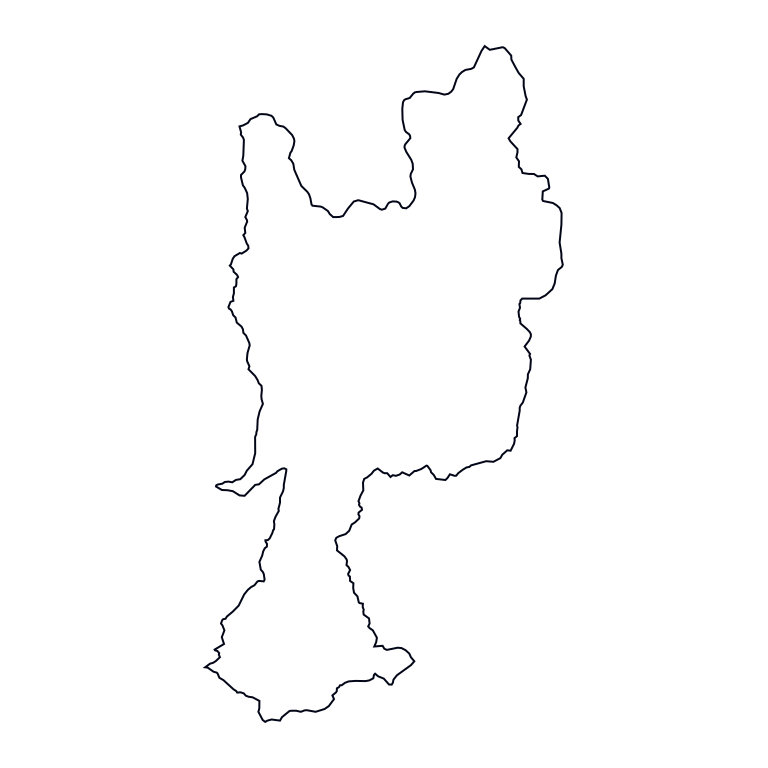 the district of Sephu, Wangdi Phodrang, Bhutan
{"feature_id": "84629894B46369829894621", "entity_name": "Sephu", "entity_type": "district", "adm_level": 2, "iso_a3": "BTN", "parent_name": "Bhutan", "parent_adm1": "Wangdi Phodrang", "projection": "mercator", "projection_center": [90.34, 27.763], "detail": "fine", "context": "isolated", "style": "outline", "palette": "ink", "viewbox_px": 768, "rotation_deg": 0, "n_neighbors": 0, "source": "geoboundaries", "source_scale": "gbopen_adm2", "svg_char_len": 6096}
<svg xmlns="http://www.w3.org/2000/svg" viewBox="0 0 768 768"><path d="M502.8,47.2L489.8,49.8L484.7,46.1L481.5,50.9L473.9,67.4L471.1,68.9L465.5,69.9L462.0,72.0L459.4,74.5L456.7,78.8L453.2,89.1L451.2,91.7L448.3,93.8L444.3,94.6L438.7,93.0L424.8,91.3L416.5,92.0L414.8,92.4L413.1,93.8L409.7,98.0L405.3,99.3L404.0,100.3L403.0,102.3L402.3,109.0L402.6,119.9L404.7,130.0L405.9,131.9L409.2,134.3L410.1,135.9L410.3,138.2L405.5,144.0L404.7,145.5L404.5,147.5L406.2,151.7L411.3,159.9L412.7,163.8L413.0,169.3L410.8,173.9L410.4,176.4L411.9,182.4L414.9,189.7L415.5,193.3L415.0,197.2L413.6,200.5L409.3,206.2L406.2,208.3L402.7,207.9L401.3,206.6L399.5,203.1L398.1,202.2L396.5,201.6L392.6,201.4L389.3,202.5L388.1,203.6L385.3,208.6L381.8,209.7L379.9,209.0L373.5,204.3L358.3,200.2L353.8,201.5L348.0,208.5L343.1,215.9L339.3,217.0L333.2,217.1L329.8,214.1L327.9,211.0L322.7,207.4L320.8,206.6L312.5,205.7L311.5,204.4L310.4,198.3L309.0,194.3L307.5,192.0L301.3,185.9L294.3,169.8L293.3,163.7L291.2,160.2L288.9,158.2L290.4,152.7L291.6,151.2L293.7,145.4L294.4,141.2L294.0,138.8L292.2,135.1L285.5,128.1L283.4,126.6L279.3,125.8L276.3,124.4L273.3,117.6L271.5,115.8L266.9,114.4L262.1,114.1L259.1,114.3L257.1,116.3L250.5,119.1L247.9,122.9L243.1,125.4L239.5,126.4L241.1,132.3L240.8,134.6L243.0,137.5L243.9,139.8L243.3,155.8L242.4,160.7L245.4,166.1L245.3,169.0L244.5,171.4L241.0,175.0L241.0,177.4L242.9,185.3L244.7,187.8L247.1,193.0L247.8,199.0L246.9,208.5L247.8,211.1L245.3,217.1L246.8,219.8L247.2,221.5L244.7,227.7L245.3,232.9L243.3,235.2L244.3,236.8L246.8,243.6L248.2,245.7L248.5,248.4L246.3,250.7L241.6,253.6L239.9,253.0L234.5,256.2L232.8,258.7L230.9,264.4L229.8,265.6L233.4,269.4L233.6,271.7L237.1,275.0L238.1,277.1L236.4,279.2L236.4,284.0L235.9,286.3L233.9,287.5L233.9,293.4L232.9,297.0L233.4,300.8L230.5,301.9L228.4,307.1L229.1,308.7L230.5,309.4L231.9,311.3L233.2,315.2L235.5,317.5L236.8,322.6L241.5,326.6L242.9,329.2L243.4,332.9L246.0,335.5L249.3,343.0L249.7,345.4L247.5,353.0L246.9,359.2L247.1,361.1L249.4,366.3L248.5,369.3L255.2,376.1L257.7,380.3L258.8,383.3L261.5,385.8L261.9,389.9L261.3,396.0L261.6,399.2L262.9,403.9L259.6,411.4L257.7,419.4L257.2,429.9L256.4,432.1L256.3,434.3L255.1,436.9L255.2,453.2L252.5,464.2L246.9,470.6L244.6,475.0L240.3,479.2L236.0,479.9L232.2,482.3L228.5,481.6L224.8,482.0L222.3,483.7L217.8,484.5L216.3,485.3L216.0,486.5L221.9,490.0L227.4,490.2L232.9,491.2L239.5,495.4L244.6,495.8L255.2,484.9L259.0,484.3L264.3,479.4L276.2,472.8L277.3,471.3L281.8,468.7L284.2,468.3L286.3,469.3L286.3,470.8L283.8,484.9L283.8,488.0L283.0,491.4L280.0,497.6L280.0,502.7L278.4,509.0L278.8,510.9L275.5,516.8L273.9,521.1L274.4,524.6L274.0,529.3L273.1,530.3L272.3,533.1L269.7,538.4L267.8,540.1L265.4,540.3L265.6,541.7L267.0,543.9L266.9,546.6L264.8,548.2L263.2,551.4L262.2,555.6L259.4,561.9L260.8,569.7L262.8,571.9L263.8,574.1L264.6,579.7L263.7,581.4L259.2,580.9L257.5,581.4L254.4,585.3L251.2,587.0L247.8,589.9L244.2,594.4L238.7,605.6L232.8,611.6L226.8,616.6L225.6,618.7L223.2,619.2L222.3,620.0L221.0,623.5L222.5,625.5L224.4,630.4L221.8,637.2L224.0,644.0L214.6,649.6L215.0,650.3L217.4,651.0L219.2,653.1L218.8,654.6L219.9,657.2L215.8,661.1L213.1,662.8L210.0,663.7L205.2,667.3L207.6,667.6L213.7,671.8L216.4,672.5L217.5,673.3L219.4,677.8L223.4,680.1L233.6,689.4L236.2,691.0L237.2,692.6L240.4,692.3L243.8,693.4L245.8,695.7L248.8,696.8L252.6,697.3L259.4,700.9L259.3,708.4L258.4,711.8L262.7,720.0L265.2,721.9L267.2,720.7L271.6,719.5L280.0,720.6L282.0,717.1L289.4,711.1L290.4,710.8L296.0,710.7L300.9,711.8L304.5,710.4L306.8,710.2L315.6,711.8L324.6,709.0L328.8,706.1L334.0,699.1L332.4,695.4L336.1,692.3L336.8,691.0L336.9,688.3L338.9,687.2L340.0,685.3L341.8,685.2L345.0,682.8L348.7,681.4L355.4,680.9L365.5,681.1L369.3,680.4L373.3,678.3L374.0,674.9L375.1,673.7L378.1,676.3L383.8,678.6L389.0,684.5L391.7,684.6L392.8,682.9L393.5,679.6L396.9,675.3L411.0,665.1L414.3,661.3L410.9,657.2L409.3,653.6L405.6,650.2L401.6,648.1L397.7,647.7L386.8,649.9L384.3,648.7L382.6,645.8L374.3,646.5L376.2,642.1L376.9,637.7L372.8,630.3L369.7,628.2L368.2,626.4L369.6,623.5L369.0,618.4L363.7,614.6L363.3,611.8L363.7,609.6L362.7,607.0L362.9,603.7L359.7,603.1L358.8,602.4L357.4,596.3L354.0,592.7L353.2,588.0L353.4,583.2L350.1,581.0L349.9,576.5L348.6,575.6L348.1,574.0L350.1,570.0L348.5,567.0L346.5,565.1L347.0,561.2L346.7,559.6L344.5,556.4L337.0,550.4L337.2,546.1L335.2,540.3L336.3,537.8L339.2,536.2L345.6,534.1L349.2,530.8L351.7,524.5L355.0,522.4L359.2,518.4L359.5,516.2L358.4,514.3L358.6,512.6L362.0,509.8L361.6,507.6L360.2,506.8L359.0,504.9L359.4,503.2L358.5,501.2L360.4,495.9L363.3,490.4L363.0,482.6L364.2,478.9L367.1,477.4L371.5,473.8L373.9,470.7L377.7,468.5L383.0,472.6L384.6,473.2L387.2,473.2L390.5,477.0L392.7,475.2L396.0,475.8L399.7,474.5L402.2,472.3L409.3,475.5L414.5,471.0L416.1,471.0L421.3,469.0L426.5,465.6L427.4,465.9L430.5,470.1L431.1,472.3L433.8,475.0L436.0,478.9L445.4,480.0L447.4,478.1L449.9,474.3L454.6,475.8L456.2,475.7L458.3,473.1L462.8,469.7L466.6,467.4L469.4,466.9L471.0,465.4L486.2,461.2L493.4,461.8L500.4,458.1L502.3,454.7L507.3,450.3L510.6,450.7L514.1,443.7L514.7,440.4L514.5,438.2L517.0,436.1L517.0,431.0L517.5,427.6L517.1,425.4L519.7,410.6L519.7,407.8L520.4,405.7L522.8,402.6L526.4,392.4L525.4,387.5L527.8,378.3L527.9,374.3L530.2,369.3L530.9,359.7L529.4,355.5L530.1,354.0L524.6,346.5L529.0,340.7L530.8,336.7L530.9,334.3L529.9,332.2L526.9,329.0L520.4,323.4L520.3,321.1L519.7,320.0L520.2,318.9L519.1,316.9L518.5,311.6L520.0,307.8L519.4,304.0L520.2,303.1L520.5,300.4L522.2,298.6L539.3,298.6L545.6,295.3L552.4,289.1L554.7,283.4L555.9,275.7L557.9,270.1L561.9,266.8L562.8,264.7L561.4,258.2L561.4,253.7L559.6,242.5L561.4,224.8L561.6,213.0L559.7,208.1L556.6,205.3L552.9,203.0L543.1,201.0L542.3,199.6L542.8,191.4L548.9,188.6L549.3,187.5L547.9,178.9L544.8,175.7L537.7,176.4L534.0,174.0L528.6,173.9L522.5,173.0L521.4,169.3L518.8,166.9L519.0,161.3L516.3,157.4L517.5,152.3L517.5,149.1L510.4,141.4L508.6,138.3L517.2,127.9L518.5,125.5L520.6,123.9L518.3,120.6L518.2,117.2L521.1,115.0L526.9,99.6L525.6,96.0L523.7,86.3L523.7,78.8L518.7,73.0L515.2,66.8L511.4,59.6L511.2,55.6L504.8,48.2L502.8,47.2Z" fill="none" stroke="#020617" stroke-width="2"/></svg>